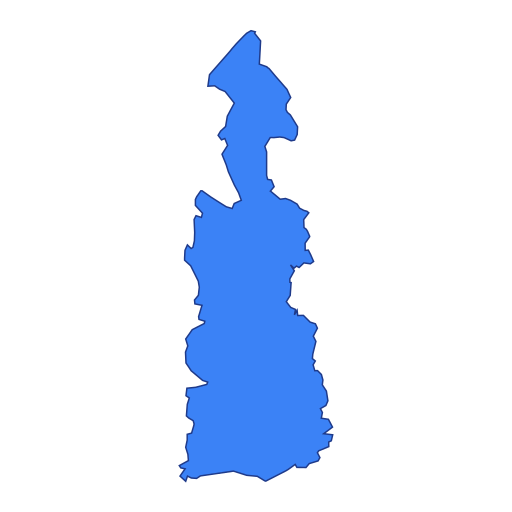 the district of Guaynabo, Puerto Rico
{"feature_id": "32010507B75781996269938", "entity_name": "Guaynabo", "entity_type": "district", "adm_level": 2, "iso_a3": "PRI", "parent_name": "Puerto Rico", "parent_adm1": "", "projection": "robinson", "projection_center": [-66.113, 18.359], "detail": "fine", "context": "isolated", "style": "filled", "palette": "blue", "viewbox_px": 512, "rotation_deg": 0, "n_neighbors": 0, "source": "geoboundaries", "source_scale": "gbopen_adm2", "svg_char_len": 2732}
<svg xmlns="http://www.w3.org/2000/svg" viewBox="0 0 512 512"><path d="M209.5,74.7L207.9,86.2L214.7,85.8L219.6,89.2L225.1,91.5L234.3,103.1L227.3,116.2L225.6,126.5L220.6,131.1L218.1,135.3L221.5,139.9L224.8,138.5L227.6,145.4L222.0,154.2L223.4,157.8L224.8,161.2L226.3,165.0L228.4,171.8L234.4,185.1L238.6,192.8L241.3,200.3L234.2,203.5L232.2,208.5L226.3,206.8L219.4,202.5L210.5,196.8L202.1,190.8L200.8,190.8L196.7,196.7L195.4,199.5L195.4,205.4L202.5,213.2L201.4,217.4L196.0,215.7L194.1,219.5L194.7,232.6L194.4,240.9L192.9,247.4L191.1,248.5L187.4,244.9L185.0,250.3L184.6,258.0L184.6,260.2L190.7,265.8L198.3,281.1L199.3,287.2L198.4,295.3L194.5,300.0L194.9,303.9L202.0,305.3L198.6,316.6L199.0,319.4L204.8,321.2L204.3,323.5L197.8,326.8L192.2,329.7L190.7,331.9L185.7,339.0L187.8,345.9L185.5,352.1L186.0,363.0L188.1,366.1L191.2,370.8L202.6,380.4L207.7,382.1L206.8,384.4L195.7,387.3L186.9,388.2L186.0,395.7L189.3,398.0L187.3,404.3L186.4,415.9L188.7,418.0L193.2,420.7L194.1,424.0L193.7,425.9L191.6,433.1L187.2,434.3L187.2,440.1L185.7,447.3L187.9,454.3L188.4,460.6L179.3,465.6L180.8,467.9L185.1,468.8L180.0,476.1L185.7,481.3L187.5,476.1L191.3,478.0L196.6,478.4L200.4,475.9L233.4,471.1L246.7,475.3L257.3,476.3L264.9,480.9L265.8,481.1L286.1,470.7L288.4,469.3L295.2,464.4L296.9,467.4L306.0,467.5L309.2,463.6L318.1,460.9L319.9,457.6L317.4,452.7L318.7,450.8L328.8,446.6L328.7,442.0L331.3,440.8L332.7,434.8L323.7,433.7L332.5,427.1L328.4,419.3L321.3,418.2L322.4,412.5L320.4,408.6L325.9,405.5L327.9,400.8L326.4,391.1L322.3,384.8L322.9,380.0L321.4,374.5L317.5,370.6L314.8,370.7L313.1,364.8L315.3,361.0L312.4,358.6L312.8,354.1L315.9,341.4L313.3,336.2L317.4,328.2L315.4,323.8L310.1,322.1L303.4,315.4L297.7,315.5L297.1,310.3L294.4,314.8L295.5,309.5L290.7,307.4L286.3,301.7L290.2,295.4L291.1,282.6L289.9,282.3L289.8,278.9L294.3,270.8L290.5,264.9L294.0,268.2L296.5,266.1L299.1,267.5L303.9,262.9L310.4,263.8L313.6,261.5L311.0,255.5L310.8,255.0L308.3,250.1L305.2,250.4L305.1,243.2L309.6,236.8L309.7,236.4L307.6,231.5L306.3,229.3L304.0,227.6L303.7,219.6L308.8,212.8L307.0,211.3L303.8,210.4L299.6,208.2L298.5,206.4L297.1,204.1L290.5,200.3L285.5,198.5L283.5,198.8L280.2,199.2L270.6,191.2L270.4,191.1L274.1,186.7L271.4,180.0L267.6,179.4L266.6,175.4L266.6,151.9L264.8,146.3L265.1,146.0L270.2,137.6L271.2,137.5L273.8,137.6L279.8,137.0L284.1,137.6L289.0,139.8L291.1,140.8L294.6,140.1L297.2,134.5L297.6,126.8L290.4,115.0L287.4,112.4L286.0,109.7L286.3,104.1L290.7,97.5L288.7,93.2L287.0,89.4L275.4,76.1L269.0,68.5L267.4,67.5L266.9,66.8L260.4,64.5L259.3,64.1L259.6,59.3L260.6,40.9L254.6,33.3L255.3,31.8L251.0,30.7L247.1,33.0L246.7,33.2L244.2,35.6L240.5,39.4L236.2,43.9L232.1,48.6L229.7,51.6L210.4,73.6L209.5,74.7Z" fill="#3b82f6" stroke="#1e3a8a" stroke-width="1.5"/></svg>